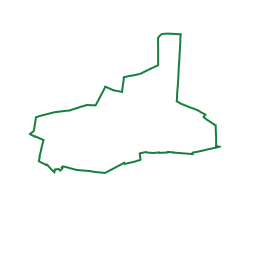 Visina, Dâmbovita, Romania, rotated 239°
{"feature_id": "2599482B19033854569240", "entity_name": "Visina", "entity_type": "district", "adm_level": 2, "iso_a3": "ROU", "parent_name": "Romania", "parent_adm1": "Dâmbovita", "projection": "orthographic", "projection_center": [25.353, 44.574], "detail": "fine", "context": "isolated", "style": "outline", "palette": "green", "viewbox_px": 256, "rotation_deg": 239, "n_neighbors": 0, "source": "geoboundaries", "source_scale": "gbopen_adm2", "svg_char_len": 4746}
<svg xmlns="http://www.w3.org/2000/svg" viewBox="0 0 256 256"><g transform="rotate(239 128 128)"><path d="M188.0,211.5L188.1,211.3L188.9,209.8L190.4,206.9L190.8,206.0L191.1,204.4L190.5,202.1L189.7,200.1L187.3,198.7L182.5,195.9L175.1,191.5L166.3,186.2L167.0,179.7L167.1,178.5L167.2,177.1L167.4,174.6L167.6,172.9L167.7,171.6L167.8,170.5L167.9,169.5L168.0,167.7L168.0,167.1L168.1,166.7L168.3,166.2L168.4,165.7L168.6,164.8L168.7,164.6L168.8,164.3L168.9,164.1L169.2,163.3L169.3,163.1L169.3,162.8L169.3,162.7L169.8,161.4L169.8,161.2L170.7,158.9L171.0,158.0L171.4,157.2L171.6,156.6L171.9,155.9L172.2,155.2L172.3,154.7L172.6,153.8L172.7,153.3L173.0,152.6L173.4,151.4L173.7,150.8L173.7,150.7L172.7,149.9L171.2,148.8L170.7,148.4L169.1,147.1L168.8,146.9L168.5,146.6L166.8,145.2L166.4,145.0L166.3,144.9L165.9,144.5L165.7,144.4L165.1,143.9L163.4,142.6L162.7,142.0L162.3,141.7L162.0,141.5L167.5,135.4L167.8,135.2L167.8,134.9L168.6,134.4L170.0,133.4L170.3,133.3L171.0,132.8L172.1,132.0L173.5,131.0L174.7,130.2L175.2,129.8L174.6,129.1L173.3,127.1L173.1,126.8L172.5,126.0L170.3,122.1L169.5,121.0L168.6,119.3L166.8,116.5L165.0,113.4L164.1,111.8L164.4,111.4L164.5,111.2L164.8,110.8L164.9,110.6L165.0,110.5L165.6,109.7L165.7,109.4L166.1,108.7L166.3,108.4L166.8,107.8L166.8,107.7L167.0,107.4L168.0,105.9L168.5,105.2L168.7,104.8L169.2,103.7L169.3,103.5L169.4,102.8L169.5,102.0L169.6,101.3L169.8,100.8L170.2,99.7L170.3,99.2L170.6,98.4L171.1,95.5L172.7,89.0L172.8,88.0L172.9,87.2L173.0,87.0L173.1,86.9L173.8,85.5L174.9,83.2L175.1,82.8L175.8,81.3L176.8,78.9L177.4,77.6L178.7,74.6L179.3,73.2L179.5,72.8L179.5,72.6L180.2,70.4L180.5,69.3L181.0,67.6L181.7,65.3L183.1,60.8L183.3,60.1L183.4,59.7L183.6,58.8L184.0,57.3L184.2,56.1L184.6,54.7L183.7,53.9L183.1,53.4L181.7,52.2L180.9,51.6L180.2,51.0L179.7,50.4L178.7,49.7L177.7,48.9L175.5,47.1L174.0,45.7L173.5,42.2L173.4,41.1L173.3,40.8L173.2,40.8L171.8,41.7L171.6,41.8L170.7,42.4L170.4,42.6L169.5,43.2L169.3,43.2L168.9,43.5L168.5,43.7L168.5,43.8L168.6,44.2L168.5,44.3L168.1,44.5L167.6,44.8L166.6,45.6L163.1,48.0L161.2,49.4L159.6,47.8L157.7,45.8L155.3,43.4L154.6,42.8L152.7,41.0L148.7,37.1L148.3,37.2L146.3,35.3L145.6,34.5L145.0,34.8L143.1,35.9L142.6,36.2L141.8,36.8L141.1,37.2L140.3,37.7L139.6,38.1L139.3,38.3L138.7,38.7L138.4,38.8L138.4,39.1L138.7,39.3L138.5,39.5L138.0,39.7L135.2,40.4L133.4,40.7L132.3,40.9L131.3,41.2L129.9,41.6L128.0,42.1L128.7,42.8L129.7,43.7L130.0,44.0L130.0,44.4L129.4,45.5L129.2,45.9L129.0,46.3L128.9,46.6L128.7,47.2L128.5,47.4L128.3,47.5L126.4,47.9L126.4,48.0L127.1,50.7L127.4,51.1L128.3,50.9L128.7,52.3L125.6,55.6L124.5,56.6L123.7,57.3L120.1,60.8L118.1,62.8L118.0,63.1L115.3,66.7L114.1,68.5L111.4,72.2L111.3,72.3L110.9,72.9L110.2,73.7L110.0,74.0L109.4,74.6L109.0,75.1L108.6,75.5L108.4,75.7L108.2,76.0L107.9,76.3L107.7,76.6L107.1,77.4L107.0,77.5L106.6,78.1L105.7,79.2L105.3,79.7L104.9,80.3L104.5,80.8L103.4,82.3L103.2,82.6L102.4,83.6L102.0,84.2L101.6,84.7L101.3,85.2L100.1,106.7L100.1,106.8L98.9,106.6L96.6,113.7L95.5,117.3L95.2,118.9L94.3,121.9L94.6,122.5L100.2,125.0L98.1,131.1L97.7,131.2L97.1,131.8L96.3,133.0L94.9,134.9L93.7,136.6L93.4,137.1L93.0,138.0L92.6,139.0L92.1,139.9L91.7,140.6L91.3,141.8L90.8,141.7L90.7,141.8L90.2,142.7L89.6,143.8L88.5,145.7L87.7,147.4L86.5,149.5L87.0,149.8L85.9,151.4L85.3,152.1L83.7,154.4L83.5,154.2L82.7,155.4L78.4,161.5L75.7,165.3L72.3,169.9L73.6,170.6L73.5,171.1L73.3,171.3L72.9,172.6L72.5,173.7L72.1,174.7L71.4,176.5L71.4,176.8L71.1,177.5L71.0,178.1L70.7,178.7L70.7,178.8L70.6,179.0L70.4,179.6L70.3,180.0L69.9,181.2L69.9,181.3L69.0,184.0L68.9,184.4L68.1,186.8L67.4,188.9L66.3,192.0L66.2,192.5L66.0,193.1L65.9,193.3L65.6,194.1L65.5,194.5L65.0,195.9L64.9,196.4L64.9,196.6L66.9,194.7L67.3,194.2L68.4,195.0L70.8,196.4L74.5,198.7L80.4,201.8L83.9,203.8L85.2,204.6L85.6,204.2L86.0,203.9L86.1,204.0L95.4,199.5L95.6,199.5L98.3,198.4L99.2,200.1L99.6,201.2L99.9,201.1L102.6,199.4L103.7,198.7L105.4,197.9L106.6,197.3L107.5,196.8L108.3,196.0L109.6,195.1L110.2,194.7L111.7,193.4L112.7,192.6L114.7,191.0L115.1,190.8L116.0,190.1L116.3,189.9L119.4,187.5L120.7,186.5L121.0,186.3L121.1,186.1L122.5,185.3L123.0,185.1L123.4,184.9L123.8,184.7L124.8,184.1L125.7,183.5L125.8,183.6L129.9,186.4L132.0,187.7L137.0,191.3L137.4,191.6L143.7,196.0L145.3,197.1L146.0,197.5L148.0,198.9L151.2,201.0L153.0,202.2L154.1,202.9L155.4,203.9L156.8,204.9L159.6,206.8L163.5,209.4L165.0,210.5L165.7,211.0L166.5,211.5L168.3,212.7L170.6,214.3L172.4,215.6L174.5,216.9L175.5,217.6L178.6,219.5L181.2,221.5L181.4,221.2L181.7,220.7L181.9,220.3L182.4,219.5L182.9,218.9L183.1,218.5L183.6,217.8L183.8,217.6L184.1,217.2L184.3,216.9L184.7,216.3L185.0,215.8L185.3,215.4L185.7,214.9L186.0,214.3L186.2,214.0L186.7,213.3L187.0,212.8L187.5,212.0L188.0,211.4L188.0,211.5Z" fill="none" stroke="#15803d" stroke-width="2"/></g></svg>